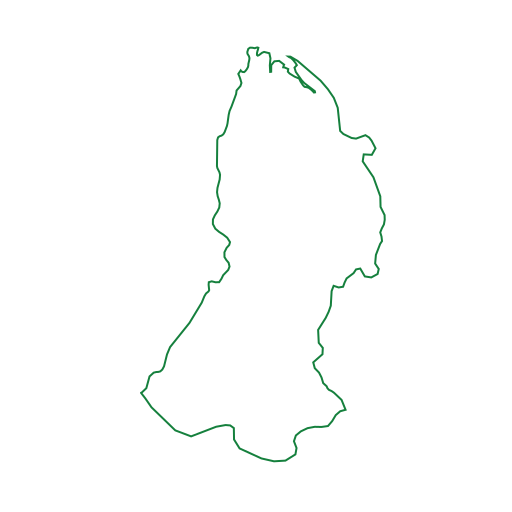 the border of Cross River, rotated 171°
{"feature_id": "NGA-2847", "entity_name": "Cross River", "entity_type": "State", "adm_level": 1, "iso_a3": "NGA", "parent_name": "Nigeria", "parent_adm1": "", "projection": "robinson", "projection_center": [8.541, 5.798], "detail": "fine", "context": "isolated", "style": "outline", "palette": "green", "viewbox_px": 512, "rotation_deg": 171, "n_neighbors": 0, "source": "natural_earth", "source_scale": "10m", "svg_char_len": 2866}
<svg xmlns="http://www.w3.org/2000/svg" viewBox="0 0 512 512"><g transform="rotate(171 256 256)"><path d="M390.9,138.8L389.9,139.2L385.0,142.6L380.0,153.7L375.3,156.8L372.7,157.0L370.6,156.8L368.6,157.0L366.3,158.5L364.1,161.4L359.3,172.7L355.1,179.5L332.2,200.3L316.9,218.4L313.3,224.3L311.2,226.8L308.5,228.4L307.6,229.6L307.3,235.0L306.7,237.5L303.7,237.9L300.1,236.4L296.5,235.9L293.7,238.9L291.4,242.2L285.6,246.6L283.8,249.7L284.1,253.6L285.9,256.6L287.3,259.9L286.6,264.6L283.7,268.7L280.7,271.1L279.5,273.8L281.6,278.6L285.0,282.3L288.7,285.6L291.9,289.3L293.6,294.3L292.8,298.9L290.3,302.6L287.2,306.0L284.7,309.6L283.6,313.7L283.9,317.4L284.5,321.1L284.5,325.1L283.4,329.3L279.9,337.3L278.8,341.9L279.0,344.4L280.4,348.9L280.5,350.9L276.1,376.6L274.9,379.1L273.1,380.0L271.2,380.3L269.3,381.3L267.6,383.3L264.4,388.9L263.4,391.4L260.9,399.7L259.4,403.4L256.9,407.3L250.3,419.1L249.3,422.5L244.8,426.3L243.3,429.2L243.8,433.2L244.3,435.9L245.0,438.6L242.1,441.7L241.7,440.8L240.5,439.9L239.0,439.5L237.7,440.2L235.9,441.9L234.4,443.8L233.8,445.3L233.5,446.9L232.0,450.6L231.5,452.5L231.7,454.4L232.8,457.1L232.7,458.8L231.2,461.8L229.3,462.7L227.1,462.3L224.6,461.4L223.8,461.6L222.2,461.8L221.1,461.3L221.8,459.5L222.5,458.2L223.3,456.2L223.6,454.4L222.9,453.6L221.5,454.0L218.2,455.8L216.1,456.3L211.1,454.2L210.8,449.0L212.5,442.2L213.2,435.6L212.2,435.6L211.1,442.1L207.4,445.4L202.6,445.1L198.3,440.6L198.8,439.9L199.6,438.1L198.2,437.7L194.9,435.6L195.7,433.1L194.3,431.0L189.8,427.1L185.8,424.6L185.6,424.4L184.7,421.3L182.8,417.2L181.6,415.5L179.5,414.8L177.7,413.9L175.7,411.9L174.0,409.7L173.2,408.4L172.1,408.4L172.1,409.6L181.3,419.3L183.5,422.6L187.9,431.6L188.5,436.0L185.8,438.1L186.9,440.7L188.6,443.7L190.5,446.2L192.1,447.2L192.8,447.9L190.8,447.5L184.4,442.2L164.8,419.1L158.9,409.5L154.4,400.0L152.1,389.6L153.3,366.4L150.6,362.8L143.1,357.6L138.8,356.3L129.0,358.2L125.7,355.3L123.8,351.8L121.1,343.7L125.8,337.8L133.7,339.5L135.8,332.8L127.7,315.4L123.9,295.5L125.3,285.0L122.6,276.3L123.2,271.6L124.7,267.2L127.4,263.6L129.6,259.9L129.0,255.5L129.2,251.0L131.5,248.5L137.4,238.3L139.5,229.9L136.8,224.0L138.7,219.2L145.5,216.8L151.7,218.8L155.0,227.3L159.3,227.1L162.3,223.8L170.0,219.7L172.6,216.0L174.8,212.0L179.3,212.0L184.0,214.4L186.8,209.5L189.9,195.2L193.0,189.5L196.8,184.0L206.2,173.3L207.6,160.4L204.4,154.8L205.7,148.6L216.1,142.0L215.5,136.0L212.0,131.0L210.3,125.8L209.5,119.9L206.6,116.3L206.1,114.2L204.9,112.4L202.5,110.8L200.4,108.8L194.0,100.5L191.6,90.1L197.1,89.5L202.1,86.4L206.6,81.0L211.5,76.8L218.0,76.9L224.7,78.1L232.0,77.9L239.1,75.8L244.7,72.5L247.5,67.1L246.0,60.0L248.1,53.9L258.9,49.3L270.3,50.4L282.3,55.2L302.3,68.5L306.4,78.2L304.8,89.5L308.0,92.7L312.5,93.8L322.0,93.6L348.3,88.0L363.0,96.4L382.9,122.9L387.6,132.7L390.9,138.7L390.9,138.8Z" fill="none" stroke="#15803d" stroke-width="2"/></g></svg>